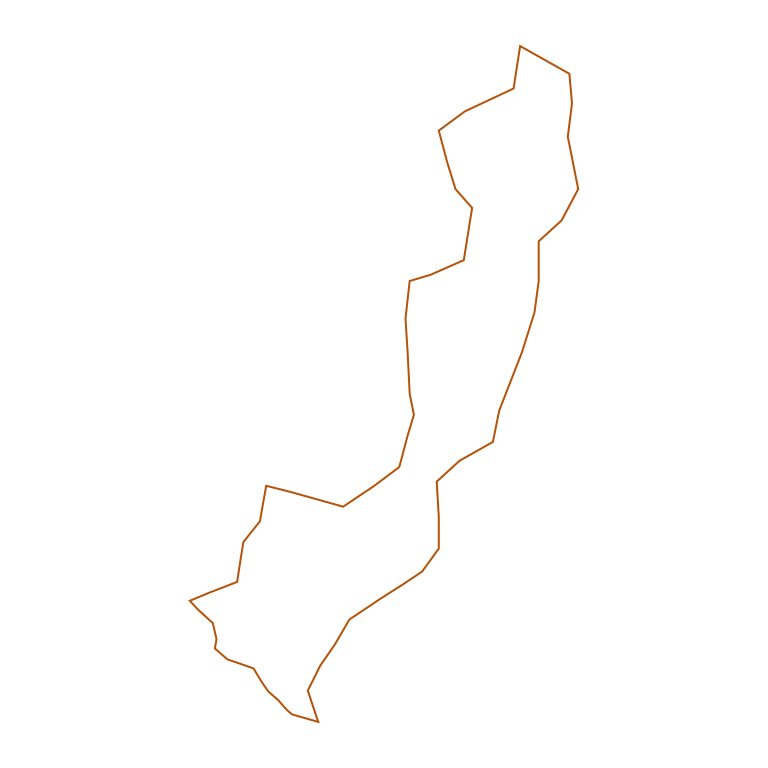 Palaichori Morfou, Nicosia, Cyprus
{"feature_id": "46923920B86427457080287", "entity_name": "Palaichori Morfou", "entity_type": "district", "adm_level": 2, "iso_a3": "CYP", "parent_name": "Cyprus", "parent_adm1": "Nicosia", "projection": "mercator", "projection_center": [33.084, 34.938], "detail": "fine", "context": "isolated", "style": "outline", "palette": "amber", "viewbox_px": 768, "rotation_deg": 0, "n_neighbors": 0, "source": "geoboundaries", "source_scale": "gbopen_adm2", "svg_char_len": 904}
<svg xmlns="http://www.w3.org/2000/svg" viewBox="0 0 768 768"><path d="M464.8,111.4L438.8,130.6L447.1,161.9L455.5,189.1L472.1,207.9L463.8,260.1L430.5,274.8L409.7,281.0L405.5,318.6L407.6,352.1L409.7,393.9L413.9,414.8L407.6,435.7L399.3,467.0L374.3,485.8L343.1,506.7L291.1,492.1L266.2,485.8L259.9,521.3L243.3,542.2L237.1,581.9L210.0,592.4L189.8,600.8L197.8,609.4L212.8,623.1L216.5,639.0L214.9,648.5L227.4,659.4L249.3,666.9L253.6,668.5L260.7,680.3L263.3,684.3L268.3,691.5L278.5,700.4L281.4,703.8L286.7,709.8L290.8,713.4L292.3,714.5L318.2,721.9L307.8,690.6L320.3,665.5L334.8,644.6L349.4,619.5L380.6,598.6L403.5,584.0L422.2,571.5L438.8,548.5L438.8,517.1L436.7,481.6L459.6,460.7L492.9,441.9L499.2,410.6L522.0,352.1L534.5,312.4L538.7,281.0L538.7,241.3L561.6,220.4L578.2,189.1L572.0,157.7L567.8,136.8L572.0,103.4L569.4,73.8L520.1,46.1L513.6,88.5L464.8,111.4Z" fill="none" stroke="#b45309" stroke-width="2"/></svg>